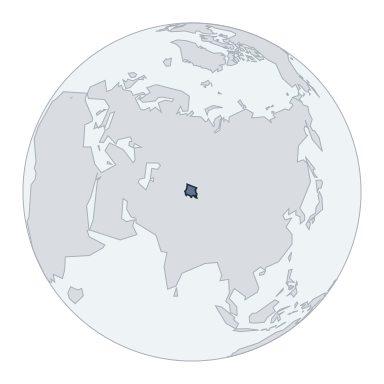 Zhambyl highlighted on a globe, orthographic projection, rotated 22°
{"feature_id": "KAZ-3252", "entity_name": "Zhambyl", "entity_type": "Region", "adm_level": 1, "iso_a3": "KAZ", "parent_name": "Kazakhstan", "parent_adm1": "", "projection": "orthographic", "projection_center": [72.801, 44.147], "detail": "fine", "context": "on_globe", "style": "filled", "palette": "slate", "viewbox_px": 384, "rotation_deg": 22, "n_neighbors": 0, "source": "natural_earth", "source_scale": "10m", "svg_char_len": 12402}
<svg xmlns="http://www.w3.org/2000/svg" viewBox="0 0 384 384"><g transform="rotate(22 192 192)"><circle cx="192" cy="192" r="169" fill="#eef3f6" stroke="#a8b0b8"/><path d="M227.9,26.9L225.9,26.8L222.5,26.0L221.9,26.2L226.0,27.4L228.9,28.3L232.3,33.6L244.8,42.2L252.7,44.9L247.8,44.6L265.7,50.3L275.0,56.7L261.9,49.5L258.7,49.0L263.8,53.1L261.5,53.5L262.7,55.9L259.5,56.1L252.1,52.4L249.9,52.5L253.6,55.5L252.8,58.0L247.7,53.5L245.7,57.3L233.0,52.6L221.8,41.9L212.2,41.0L193.9,34.8L193.0,36.2L185.6,35.3L181.8,36.8L179.5,35.6L178.5,37.8L181.3,38.6L181.8,40.0L179.8,41.0L176.5,39.5L177.0,38.8L175.0,39.0L174.2,37.8L173.5,39.0L169.8,37.3L170.5,40.5L165.1,40.6L163.4,39.1L167.4,37.2L173.6,30.3L173.1,28.9L168.4,28.4L151.3,31.5L149.2,31.1L143.5,32.0L142.8,32.9L147.1,32.7L144.5,35.0L150.0,34.8L149.7,35.9L153.8,36.9L149.0,39.0L142.1,40.8L138.5,40.2L135.3,41.1L135.4,43.8L125.3,45.3L113.0,51.0L110.8,51.3L112.8,47.6L121.4,41.8L123.9,38.5L118.0,43.2L112.7,44.6L110.0,46.1L107.9,47.7L108.2,48.3L105.5,49.5L110.3,44.9L112.8,43.7L111.3,45.1L115.3,42.5L118.5,40.1L115.6,41.4L120.0,39.2L131.3,34.3L142.9,30.3L154.8,27.2L166.8,24.9L179.1,23.5L191.3,23.0L203.6,23.4L215.8,24.7L227.9,26.9ZM230.6,28.7L226.3,27.5L223.4,26.4L227.2,27.3L230.6,28.7ZM235.8,31.7L233.1,31.0L234.1,30.3L235.3,30.9L235.8,31.7ZM259.0,47.0L256.0,45.0L259.7,46.9L259.0,47.0ZM263.4,56.2L264.9,56.7L264.9,57.8L263.4,56.2ZM156.2,35.7L155.0,36.2L154.9,35.7L156.2,35.7ZM159.1,35.6L159.7,34.6L161.2,34.5L160.8,35.1L159.1,35.6ZM260.0,59.2L259.4,60.9L258.7,58.5L260.0,59.2ZM157.9,36.9L163.7,34.4L166.3,34.2L166.8,36.4L157.9,36.9ZM258.2,61.5L256.9,66.0L260.3,67.4L249.9,66.4L254.5,62.6L253.1,59.3L255.8,61.3L258.2,61.5ZM183.0,38.5L179.9,37.6L184.3,37.5L183.0,38.5ZM185.7,38.1L198.6,36.4L202.2,38.4L197.2,38.4L203.3,40.6L198.7,42.4L194.4,41.6L192.9,39.9L192.3,42.0L185.7,38.1ZM244.4,65.2L243.0,65.9L243.1,64.5L244.4,65.2ZM182.3,40.5L184.6,39.9L187.9,41.5L183.9,43.2L184.1,42.1L182.3,40.5ZM207.1,40.4L208.9,42.1L205.7,44.0L205.9,44.9L198.9,42.6L207.1,40.4ZM182.4,42.2L181.8,44.0L178.5,44.2L180.3,41.3L182.4,42.2ZM190.4,41.3L191.8,42.3L189.7,42.3L190.4,41.3ZM166.3,46.4L169.0,45.3L170.9,46.0L166.3,46.4ZM181.9,44.7L183.0,44.6L184.1,44.8L183.0,46.0L181.9,44.7ZM197.2,44.2L195.5,44.8L199.9,45.3L197.6,46.9L193.4,45.1L194.3,46.6L193.6,47.1L190.9,45.1L197.2,44.2ZM185.2,48.1L179.0,46.8L173.7,48.4L171.8,47.8L180.7,45.2L185.2,48.1ZM188.8,46.5L186.1,47.3L185.1,45.9L186.3,44.5L188.8,46.5ZM197.7,48.7L202.2,46.6L202.9,47.1L197.7,48.7ZM183.8,48.8L185.4,49.1L183.6,49.1L183.8,48.8ZM193.6,49.0L195.1,48.1L196.0,48.7L193.6,49.0ZM187.1,50.6L185.2,50.1L185.9,49.1L187.1,50.6ZM190.3,50.0L191.1,51.0L187.4,49.0L190.8,49.6L190.3,50.0ZM194.2,49.6L195.2,49.7L193.4,49.9L194.2,49.6ZM185.4,54.9L180.6,52.6L182.3,50.3L186.7,52.8L185.4,54.9ZM71.6,310.5L65.0,303.4L50.2,281.2L50.1,276.3L47.9,269.0L40.2,245.9L41.7,238.8L40.3,232.8L37.0,229.0L35.8,221.7L34.1,218.6L25.7,201.6L25.0,188.7L28.6,160.3L31.4,156.4L35.2,147.2L57.5,139.8L58.6,147.1L72.0,160.5L73.0,163.8L67.5,169.8L74.4,191.0L81.3,188.1L91.5,202.6L100.8,208.0L111.1,195.4L95.9,186.2L97.2,177.3L112.5,178.5L126.4,186.9L127.3,183.8L121.9,172.8L128.4,169.4L120.4,168.6L121.1,172.9L116.1,172.7L115.1,168.8L117.4,167.7L114.2,164.0L103.8,171.1L103.5,176.2L93.0,171.2L91.4,179.4L87.4,180.5L88.5,167.2L90.9,163.9L90.2,146.7L86.7,149.6L87.1,166.2L85.5,163.5L80.7,168.3L83.1,162.5L83.5,144.2L76.2,139.0L61.1,144.1L58.1,140.3L58.2,132.8L69.6,121.0L75.1,130.8L79.2,127.3L83.1,117.9L84.5,121.9L86.7,119.4L89.3,122.9L97.9,121.4L101.2,124.4L109.4,118.0L112.2,118.8L106.6,122.2L104.4,126.5L113.4,134.5L116.5,134.2L121.1,129.5L122.9,132.6L126.2,127.1L133.7,129.5L127.3,122.1L132.6,117.0L139.7,115.5L140.2,112.7L128.7,115.2L125.1,117.4L123.8,121.4L113.0,127.2L108.9,125.8L115.9,115.2L110.9,112.4L118.5,105.9L145.1,102.3L153.7,104.2L157.9,118.4L153.2,120.7L149.3,116.7L148.5,125.2L150.6,122.2L152.2,124.9L157.6,121.2L158.9,123.0L161.7,116.6L164.0,118.4L162.2,122.4L172.1,119.0L178.1,121.8L179.7,120.3L179.6,117.8L187.3,123.3L188.1,121.9L185.9,119.6L186.2,115.4L189.5,110.3L192.0,112.5L191.1,114.6L192.9,122.6L190.2,128.2L191.5,128.6L194.5,124.3L192.3,114.5L193.6,110.9L195.4,115.2L194.8,113.3L196.3,112.2L200.0,113.3L198.4,108.5L210.8,94.9L219.3,96.0L219.5,101.1L230.8,95.2L239.4,97.8L237.4,95.4L241.4,91.6L238.8,90.7L238.1,89.3L247.3,80.0L251.3,79.8L253.0,74.0L251.9,72.9L249.0,72.7L249.9,66.4L260.3,67.4L262.1,69.7L267.3,69.2L270.8,74.8L276.1,79.4L276.8,86.4L280.9,89.8L282.5,89.2L289.3,93.7L297.7,105.5L283.9,98.3L269.9,82.8L275.0,89.1L271.8,88.6L272.3,91.5L276.1,96.1L277.9,96.1L273.4,109.3L278.4,124.6L283.1,120.5L288.3,122.5L298.1,138.2L298.1,166.7L305.0,171.2L307.0,175.8L304.3,181.0L301.4,174.5L296.6,174.3L295.4,170.0L290.1,176.9L288.1,171.1L285.0,179.6L288.7,183.1L294.1,178.9L292.3,189.2L300.7,193.9L304.2,202.8L298.4,224.3L288.8,234.1L288.8,237.2L283.6,235.9L278.8,243.8L289.8,255.8L290.2,260.2L281.4,272.2L280.9,269.1L267.4,265.6L266.2,276.6L276.5,281.6L280.1,289.7L272.8,289.4L269.0,282.3L264.2,280.8L264.5,271.7L258.7,259.3L251.2,263.8L250.9,258.1L241.7,247.9L230.5,253.7L213.3,271.0L212.4,285.1L205.8,291.3L194.1,271.7L191.5,257.5L185.6,258.7L174.9,245.6L151.6,241.5L149.8,237.2L145.1,238.1L137.8,232.3L135.6,225.0L130.5,223.9L136.7,243.0L142.3,244.1L149.2,239.2L149.6,245.4L156.9,252.1L143.4,263.3L111.3,265.6L110.7,254.4L99.9,216.6L101.6,213.6L101.7,213.1L101.7,212.3L98.1,216.9L97.1,209.4L100.1,234.9L99.4,244.3L110.8,266.0L109.1,267.0L113.5,272.0L130.9,273.7L130.5,277.0L120.6,289.4L98.8,299.6L103.2,312.3L104.3,320.8L94.1,320.3L98.5,326.9L93.7,325.6L95.7,328.5L93.8,328.7L89.5,326.3L86.3,323.8L71.6,310.5ZM45.6,148.8L44.0,151.2L45.6,148.8ZM138.4,203.5L148.5,207.4L148.5,196.3L152.4,197.0L151.0,193.2L148.5,195.5L145.8,185.2L151.8,183.8L152.9,179.3L149.6,177.8L139.0,182.1L142.8,196.7L138.6,199.8L138.4,203.5ZM112.4,44.9L112.0,45.3L109.4,47.0L109.9,46.3L112.4,44.9ZM102.1,54.7L98.0,56.5L101.3,54.6L101.3,53.8L108.1,49.0L110.1,51.3L108.0,51.0L102.1,54.7ZM117.8,43.8L113.3,46.3L118.2,43.5L117.8,43.8ZM96.8,103.8L96.0,106.9L92.6,108.6L88.4,105.8L93.3,103.1L96.8,103.8ZM95.7,111.0L103.8,101.8L106.7,103.5L103.7,104.0L104.9,106.1L100.3,107.5L95.2,118.6L91.9,120.9L85.9,113.8L89.7,114.7L90.2,111.5L95.7,111.0ZM119.2,78.6L122.8,75.6L124.6,83.1L121.1,85.1L116.6,82.2L118.2,78.1L119.2,78.6ZM157.7,41.7L158.9,40.7L159.8,41.0L159.5,42.2L157.7,41.7ZM167.4,45.8L153.2,46.7L153.9,45.6L144.8,48.0L143.0,45.9L149.0,44.3L140.8,44.8L145.6,42.5L139.8,43.3L153.3,39.9L157.2,38.2L153.5,40.8L155.0,42.7L156.8,43.0L164.9,42.8L174.0,40.4L176.9,42.2L176.6,44.2L174.8,45.0L173.5,43.5L172.1,45.7L168.8,44.2L167.4,45.8ZM170.7,70.8L169.8,67.8L166.5,73.7L163.2,71.5L163.0,72.4L159.1,72.1L154.0,73.3L153.0,71.9L151.4,73.0L148.8,73.0L146.3,74.1L143.8,72.1L140.5,73.4L141.2,71.8L136.2,74.5L138.8,71.6L135.6,71.6L134.8,74.4L127.2,62.9L122.1,60.9L116.4,61.0L121.5,56.5L130.1,53.8L139.5,52.9L143.7,55.7L145.3,53.4L147.8,54.1L145.5,55.7L150.5,53.8L151.9,54.9L160.3,55.2L166.6,52.2L169.8,52.4L168.0,54.1L172.5,53.2L171.4,56.6L173.7,56.9L174.9,60.8L170.2,64.2L173.1,64.3L174.2,67.5L170.7,70.8ZM185.6,56.0L180.8,60.2L176.6,61.2L176.2,54.0L174.3,53.3L173.9,49.1L180.0,47.9L179.5,49.2L180.5,50.1L178.2,50.1L180.8,50.9L180.2,52.7L182.1,53.8L180.0,54.8L185.6,56.0ZM76.6,163.1L77.9,165.0L80.3,166.9L77.4,170.2L76.6,163.1ZM76.7,150.6L78.2,151.5L75.2,156.6L73.9,154.9L76.7,150.6ZM81.5,147.8L78.5,151.2L79.4,148.3L81.5,147.8ZM108.2,122.9L110.1,123.7L109.3,125.1L107.1,126.1L108.2,122.9ZM160.2,89.1L160.3,86.9L161.5,86.7L165.1,82.5L167.9,84.0L166.8,87.1L160.2,89.1ZM107.1,196.4L102.9,197.6L102.1,195.4L103.7,195.4L107.1,196.4ZM88.3,183.8L91.4,188.6L87.5,184.6L88.3,183.8ZM163.7,90.0L164.9,88.1L165.5,90.0L163.7,90.0ZM170.0,84.9L171.2,86.9L168.6,83.7L170.0,84.9ZM130.1,328.9L125.5,339.3L118.3,336.7L114.8,332.4L114.9,325.3L122.7,325.7L125.8,322.8L130.1,328.9ZM312.2,292.5L315.6,290.6L315.4,291.2L312.2,292.5ZM308.7,293.2L312.8,290.7L307.8,294.7L308.7,293.2ZM314.4,289.7L318.5,285.9L320.3,283.8L319.9,285.1L314.4,289.7ZM305.8,294.9L289.2,303.3L282.3,304.9L284.2,302.3L295.3,297.8L305.8,294.9ZM283.6,302.5L272.8,301.1L256.3,288.7L262.3,287.4L279.1,292.6L278.1,294.8L284.6,296.7L283.6,302.5ZM308.8,280.1L307.7,285.9L298.7,290.3L294.5,291.5L291.7,286.1L293.3,281.9L296.8,280.3L309.2,260.9L313.8,261.4L310.3,268.9L313.9,271.5L308.8,280.1ZM213.3,286.3L217.8,293.9L214.1,295.4L213.3,286.3ZM313.3,248.9L308.9,257.6L312.6,247.2L313.3,248.9ZM314.9,239.9L315.6,242.6L313.2,241.1L314.9,239.9ZM289.5,241.6L285.8,244.0L285.3,241.8L289.7,237.5L289.5,241.6ZM306.8,210.4L308.4,217.1L308.3,219.7L305.8,216.7L306.8,210.4ZM188.8,102.2L180.7,106.1L176.7,110.5L177.3,115.0L173.0,110.5L179.2,103.8L188.8,102.2ZM207.9,95.5L207.3,91.8L209.8,92.5L210.3,93.4L207.9,95.5ZM205.9,93.9L200.9,91.2L202.1,88.6L205.8,91.2L205.9,93.9ZM182.1,90.1L179.5,91.1L179.1,89.4L182.1,90.1ZM296.3,324.9L290.2,329.5L285.9,332.2L289.5,329.4L290.6,325.7L292.2,324.8L294.3,320.5L310.3,306.9L322.6,290.6L328.6,285.5L334.9,273.9L340.2,268.0L337.0,275.5L340.6,271.9L347.7,254.5L346.2,261.1L340.1,273.3L333.1,285.0L325.1,296.0L316.3,306.4L306.7,316.1L296.3,324.9ZM320.6,287.0L325.7,279.6L328.1,277.3L320.6,287.0ZM353.4,238.1L354.4,238.5L352.7,243.1L351.2,244.3L348.5,251.7L343.3,259.3L344.9,255.2L344.6,252.7L338.2,259.1L336.9,258.2L339.5,253.9L334.8,256.8L340.0,250.4L341.8,253.1L344.6,246.0L348.7,241.2L352.1,236.9L354.2,235.4L353.4,238.1ZM339.4,261.1L340.2,260.2L339.3,262.5L339.4,261.1ZM358.5,219.8L358.7,219.6L358.5,220.5L358.4,221.3L358.5,219.8ZM354.8,233.4L357.3,223.7L357.7,222.4L355.9,230.8L354.8,233.4ZM357.0,222.5L357.8,220.4L358.1,221.2L357.8,222.4L357.0,222.5ZM328.8,267.4L328.5,268.9L327.1,269.1L328.8,267.4ZM330.8,264.9L335.0,262.3L330.3,266.4L330.8,264.9ZM316.3,271.2L317.8,273.5L322.4,268.1L318.9,273.6L321.7,276.7L320.5,279.5L317.8,276.0L316.2,282.6L314.2,283.9L313.3,279.6L315.6,271.9L317.7,267.8L325.9,260.7L316.3,271.2ZM330.9,260.9L329.7,258.0L330.5,254.6L331.9,255.6L330.9,260.9ZM325.6,251.4L321.7,249.1L318.7,253.2L324.3,241.9L327.2,245.9L325.6,251.4ZM321.5,243.0L318.8,246.8L321.3,240.6L321.5,243.0ZM317.8,245.6L316.9,242.4L319.4,241.3L317.8,245.6ZM323.1,242.0L322.7,235.7L324.4,238.3L323.1,242.0ZM314.5,235.3L320.7,237.5L313.6,239.7L310.9,228.3L313.8,226.1L314.5,235.3ZM315.4,175.7L313.4,172.7L315.3,169.9L316.1,172.7L315.4,175.7ZM319.6,159.1L315.1,168.2L311.2,175.9L313.5,176.2L314.6,183.1L309.9,179.6L311.0,169.9L314.4,165.2L312.7,159.7L313.9,153.7L310.2,148.0L310.0,144.1L314.3,148.0L319.6,159.1ZM308.5,145.7L302.6,134.8L307.2,132.5L309.5,134.3L310.3,140.2L307.8,141.1L308.5,145.7ZM302.5,131.5L300.0,132.3L286.2,120.1L284.4,117.1L297.4,124.6L295.8,125.8L298.4,129.4L302.5,131.5ZM244.6,66.8L243.2,66.0L245.0,66.1L244.6,66.8ZM236.5,89.0L235.9,87.1L238.1,87.1L236.5,89.0ZM235.4,82.2L233.4,83.4L234.5,81.2L235.4,82.2ZM229.1,86.6L232.1,83.5L230.7,87.8L229.1,86.6Z" fill="#d9dde1" stroke="#a8b0b8" stroke-width="1"/><path d="M197.2,195.8L197.0,195.7L196.9,195.6L196.7,195.5L196.4,195.4L196.2,195.4L195.9,195.2L195.7,195.0L195.6,194.9L195.4,194.9L195.2,194.7L195.0,194.8L194.7,194.8L194.5,194.7L194.4,194.8L194.4,195.0L194.2,195.0L193.8,195.2L193.7,195.3L193.6,195.6L193.5,195.8L193.5,196.0L193.4,196.4L193.3,196.5L193.4,196.8L193.5,197.1L193.3,197.1L193.1,197.1L193.1,196.9L192.9,196.8L192.8,196.7L192.7,196.7L192.3,196.8L192.2,196.7L191.9,196.4L191.5,196.3L191.4,196.3L191.0,196.1L190.9,196.1L190.6,196.1L190.4,196.1L190.2,195.9L189.9,195.9L189.7,195.9L189.4,196.1L189.2,196.0L188.9,196.0L188.7,196.1L188.4,196.3L188.4,196.5L188.2,196.6L188.1,196.8L188.0,197.0L187.9,197.0L187.9,197.3L187.7,197.2L187.5,196.9L187.3,196.7L187.2,196.6L187.0,196.4L186.9,196.3L186.8,196.2L186.6,196.2L186.5,195.7L186.5,195.4L186.4,195.3L186.4,195.2L186.2,195.0L186.2,194.8L185.9,194.7L185.6,194.6L185.4,194.5L185.2,194.3L185.2,194.2L185.1,193.9L185.3,193.7L185.8,192.1L185.9,191.8L185.7,190.4L185.2,188.2L184.8,187.0L184.6,186.6L194.8,186.6L194.6,187.2L194.5,187.9L194.6,188.4L194.6,188.5L194.2,188.7L194.1,189.0L194.3,189.2L194.5,189.2L194.7,189.3L194.7,189.5L194.8,189.7L195.6,190.5L195.7,190.9L195.8,191.2L196.1,191.5L196.6,191.5L197.0,191.7L197.2,191.9L197.3,192.1L197.3,192.4L197.3,192.7L196.7,193.7L196.9,193.7L197.1,193.8L197.2,193.7L197.2,193.8L197.4,193.8L197.6,193.9L197.5,194.1L197.4,194.4L197.4,194.6L197.5,194.8L197.7,195.0L198.0,195.1L198.0,195.3L198.4,195.4L198.5,195.5L198.4,195.5L198.3,195.8L198.2,195.8L197.9,195.8L197.3,195.8L197.2,195.8Z" fill="#64748b" stroke="#1e293b" stroke-width="1.5"/></g></svg>